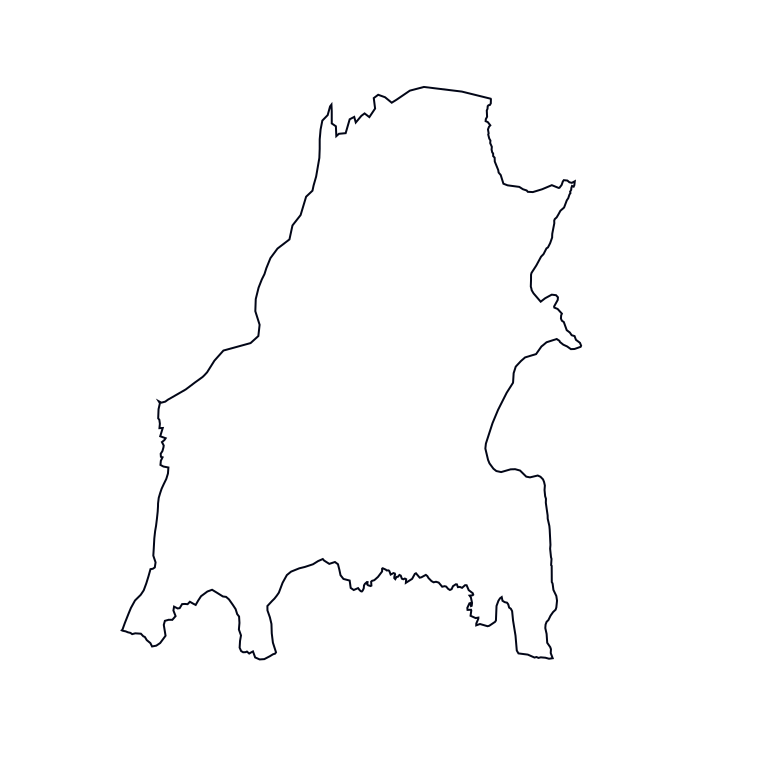 Beyla, Beyla, Guinea (Equal Earth projection), rotated 11°
{"feature_id": "49546643B61238663992809", "entity_name": "Beyla", "entity_type": "district", "adm_level": 2, "iso_a3": "GIN", "parent_name": "Guinea", "parent_adm1": "Beyla", "projection": "equal_earth", "projection_center": [-8.173, 8.91], "detail": "fine", "context": "isolated", "style": "outline", "palette": "ink", "viewbox_px": 768, "rotation_deg": 11, "n_neighbors": 0, "source": "geoboundaries", "source_scale": "gbopen_adm2", "svg_char_len": 6154}
<svg xmlns="http://www.w3.org/2000/svg" viewBox="0 0 768 768"><g transform="rotate(11 384 384)"><path d="M401.8,591.9L402.4,591.0L402.7,590.1L403.1,588.4L402.8,585.5L403.4,583.8L405.1,581.6L405.7,581.6L405.8,584.0L406.8,584.6L409.4,584.9L410.1,584.3L409.1,580.5L409.8,579.5L411.8,578.5L412.4,577.8L414.9,574.5L417.9,568.4L417.4,565.6L417.9,565.1L421.2,565.9L422.2,566.5L424.1,566.1L425.0,566.7L426.9,569.8L429.4,567.8L430.8,568.0L431.3,569.1L430.9,570.5L431.1,572.5L432.3,573.4L433.1,571.0L434.4,570.6L435.6,568.5L437.0,568.9L438.7,571.7L440.2,572.0L441.6,571.0L443.0,571.4L443.4,575.0L448.8,569.9L450.5,564.5L451.5,563.7L456.0,567.3L457.6,566.6L460.0,564.6L461.5,563.4L463.2,564.3L464.7,566.0L465.9,566.8L468.2,568.4L470.5,569.2L472.8,568.2L475.6,568.5L479.8,571.9L482.1,570.9L483.7,571.0L486.1,572.9L488.0,573.6L489.5,572.5L490.3,569.3L492.7,566.9L493.8,566.8L495.3,569.3L497.2,568.7L499.5,569.2L502.0,566.0L503.5,565.8L506.5,570.2L511.0,572.4L511.8,573.8L511.3,574.5L508.4,575.4L510.0,576.9L512.2,582.1L512.4,585.0L511.8,585.4L510.5,582.6L509.7,583.0L508.5,587.9L509.1,589.8L512.5,589.0L512.9,589.7L513.2,595.0L518.6,596.3L521.2,595.3L521.4,596.4L520.3,601.4L520.6,603.3L524.0,601.3L531.9,602.0L533.5,601.2L538.4,596.3L539.0,594.8L536.8,580.4L537.7,574.9L538.8,572.2L540.2,570.7L541.7,574.2L542.3,574.4L544.0,575.1L546.5,575.2L548.0,576.6L549.5,579.6L551.4,580.4L553.1,582.5L555.8,591.5L561.1,605.9L565.2,620.3L567.4,622.8L576.8,622.2L583.9,623.8L585.8,622.9L587.9,623.4L590.0,622.4L594.7,621.9L598.4,622.2L601.9,621.0L599.0,616.3L598.5,612.5L597.4,610.6L593.6,606.9L591.3,598.3L588.9,592.8L588.5,589.3L589.0,586.4L590.4,584.4L591.7,579.6L593.5,575.6L595.5,572.8L595.8,570.5L595.2,563.7L593.6,559.2L589.6,553.8L588.0,549.0L587.5,547.6L586.5,546.4L583.3,530.5L582.6,529.9L581.8,523.7L581.0,522.2L578.5,514.0L578.1,510.2L574.4,495.2L573.4,491.8L570.4,485.0L569.7,481.8L565.5,469.7L564.9,465.8L563.6,463.4L561.8,457.4L561.3,453.0L559.8,449.6L558.3,447.3L555.3,445.2L552.4,444.5L545.1,447.8L541.3,447.8L534.1,443.0L529.0,442.6L524.6,443.6L515.8,448.1L510.9,448.0L507.6,446.3L502.7,441.8L500.6,438.6L495.8,428.0L495.4,423.0L498.0,401.7L500.9,387.6L506.1,369.2L510.4,358.2L510.3,357.0L509.2,348.6L510.0,341.8L514.0,335.4L517.4,331.0L527.6,325.6L531.4,317.1L532.7,315.6L535.6,312.0L544.9,306.9L547.9,308.1L548.7,309.2L552.5,311.2L556.6,312.2L560.8,314.1L564.3,313.3L569.9,310.0L570.2,308.8L568.5,306.2L564.0,304.0L561.9,300.6L558.9,300.3L556.6,298.0L553.1,296.3L548.7,288.9L546.5,287.9L545.2,286.0L544.8,282.8L545.2,281.0L540.1,277.2L536.6,276.5L536.2,275.4L538.5,268.3L538.2,265.7L535.9,264.0L531.6,264.3L525.9,269.0L522.1,273.3L513.5,266.5L511.1,263.8L510.5,262.3L509.5,260.3L508.5,254.0L507.5,248.7L507.6,246.8L510.9,238.6L513.9,229.0L515.8,226.1L517.6,219.9L518.9,218.6L520.2,214.1L521.1,208.1L520.8,206.5L520.5,204.4L520.5,193.7L519.9,191.1L520.2,189.5L521.7,187.5L522.9,184.1L524.1,180.3L527.1,176.4L528.4,168.8L529.4,166.5L529.9,162.6L530.6,161.0L530.0,159.8L530.7,157.7L530.5,155.8L530.8,153.7L532.5,154.1L532.9,152.6L532.6,148.6L530.0,150.7L527.5,150.6L525.2,149.3L521.6,149.6L520.9,151.1L520.4,154.7L518.8,157.9L518.0,158.2L510.8,156.8L503.8,161.5L502.0,162.7L493.5,167.2L488.5,167.9L487.1,166.8L483.2,166.3L479.2,164.7L467.4,165.4L463.0,164.6L458.7,156.6L456.2,154.6L455.3,152.2L450.3,144.5L449.4,140.7L447.7,139.5L447.1,136.8L446.1,136.1L444.9,133.4L444.6,130.6L442.3,127.3L442.0,124.7L440.5,123.0L438.7,119.2L438.9,118.0L437.5,114.3L438.0,111.4L439.0,109.8L435.9,107.1L433.6,106.6L433.4,104.6L434.2,102.0L432.7,95.9L433.1,94.1L432.8,91.5L433.4,90.4L434.6,90.0L435.3,88.2L434.6,84.0L434.3,83.6L404.6,82.1L366.5,84.8L353.4,91.1L342.0,102.6L337.9,106.4L330.3,102.3L323.1,101.2L319.4,105.3L322.7,115.3L318.7,124.8L313.3,122.1L310.6,125.1L306.4,132.7L303.8,127.5L299.8,130.7L298.5,145.1L292.0,147.0L289.9,149.8L287.6,140.2L283.0,138.2L280.7,126.4L279.1,119.8L278.1,121.8L277.4,130.8L273.2,137.2L273.2,146.3L274.2,156.1L276.0,165.4L277.4,174.4L277.6,183.9L277.8,193.3L277.0,202.5L276.9,207.9L271.8,215.0L269.9,234.1L263.9,245.8L263.6,260.1L253.6,271.4L248.5,282.1L246.4,292.8L245.7,298.9L244.1,304.7L242.5,313.4L241.9,325.1L243.8,337.1L250.6,349.6L251.5,360.9L245.2,369.3L229.5,377.1L220.0,381.8L213.1,393.4L208.1,406.3L206.0,409.7L204.6,411.7L198.3,418.4L190.4,427.2L174.8,440.7L172.7,443.0L171.3,443.7L169.0,444.8L166.1,443.9L167.7,445.6L167.5,451.7L168.9,460.8L170.3,462.0L171.6,465.8L172.0,470.2L175.2,469.4L174.3,478.0L180.0,478.9L179.1,481.0L177.1,483.4L179.5,486.4L179.6,488.3L179.3,492.1L178.1,495.1L178.9,498.0L180.6,498.2L179.6,501.9L180.0,506.1L183.2,507.1L188.3,507.1L189.0,513.1L188.4,518.7L186.9,524.3L185.7,529.2L185.1,533.6L184.6,538.7L185.0,544.4L185.5,547.2L186.2,552.5L186.8,559.5L187.3,566.8L187.4,572.0L188.0,579.4L189.4,589.6L190.3,596.5L193.8,602.7L194.0,607.8L192.3,609.5L190.1,610.3L189.5,617.7L188.7,625.1L187.5,632.4L185.4,637.4L180.9,644.0L178.3,652.1L177.1,658.0L175.2,668.1L174.1,675.2L173.6,675.8L174.1,676.0L176.1,676.1L177.6,676.1L180.0,676.6L182.6,676.7L184.5,677.6L187.4,676.2L193.0,675.5L195.9,677.6L197.4,677.9L198.4,678.9L200.0,680.7L204.1,682.9L206.4,685.9L210.4,684.3L213.7,681.0L216.8,674.5L217.6,672.8L213.8,662.5L214.1,658.3L217.7,656.5L221.2,655.9L223.7,651.6L220.5,646.5L220.4,642.6L224.3,643.7L226.2,643.0L227.8,638.6L230.5,637.9L233.2,637.6L235.0,634.8L238.8,636.1L241.3,636.8L242.9,632.1L244.9,627.2L248.3,623.5L250.2,621.4L254.5,618.8L260.2,620.9L266.4,623.3L269.6,623.1L272.9,625.0L277.8,629.7L281.3,633.3L283.8,637.9L286.1,639.9L287.7,646.1L288.4,652.7L291.6,658.1L291.7,663.6L292.6,670.4L294.7,673.4L296.9,674.2L299.4,673.6L300.5,672.8L303.1,674.3L304.8,672.8L306.4,671.5L309.7,677.0L314.5,678.1L319.0,676.9L323.9,673.0L326.6,670.5L328.5,669.5L329.2,668.0L324.3,659.1L321.4,650.2L319.3,641.0L316.5,634.8L312.8,628.5L311.9,624.2L315.5,618.4L317.4,615.6L319.1,612.3L320.6,608.9L322.4,598.4L325.1,590.1L328.6,585.9L336.0,581.1L341.2,578.7L348.7,574.5L353.1,570.4L357.3,567.5L358.8,568.7L364.6,571.0L369.8,568.1L373.2,569.7L375.6,574.8L377.8,580.0L381.4,583.1L387.8,583.5L390.2,590.5L393.6,592.0L397.5,589.3L399.2,590.8L400.7,591.8L401.8,591.9Z" fill="none" stroke="#020617" stroke-width="2"/></g></svg>